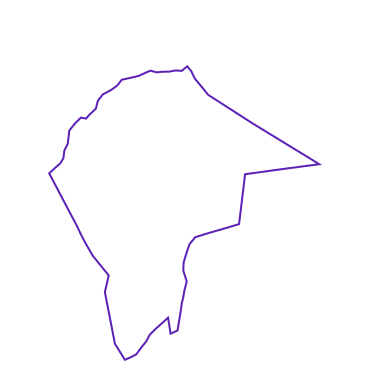 Acarape, Ceará, Brazil, rotated 338°
{"feature_id": "56859067B60781909044544", "entity_name": "Acarape", "entity_type": "district", "adm_level": 2, "iso_a3": "BRA", "parent_name": "Brazil", "parent_adm1": "Ceará", "projection": "robinson", "projection_center": [-38.665, -4.224], "detail": "fine", "context": "isolated", "style": "outline", "palette": "violet", "viewbox_px": 384, "rotation_deg": 338, "n_neighbors": 0, "source": "geoboundaries", "source_scale": "gbopen_adm2", "svg_char_len": 983}
<svg xmlns="http://www.w3.org/2000/svg" viewBox="0 0 384 384"><g transform="rotate(338 192 192)"><path d="M234.7,73.7L227.9,75.8L222.1,73.1L215.8,71.8L209.6,69.4L204.0,67.8L199.0,63.9L192.0,64.1L186.0,64.4L178.9,63.3L168.9,61.6L162.5,65.3L155.2,67.1L145.8,68.1L138.7,72.4L134.1,78.7L126.4,81.7L121.2,84.2L116.9,81.4L109.6,84.4L101.2,89.1L97.6,95.8L94.9,100.7L89.2,105.7L85.4,112.5L80.6,116.1L74.0,118.4L66.6,121.2L71.0,165.2L72.6,180.4L73.1,189.5L74.0,198.8L76.1,213.9L83.5,238.2L73.7,252.2L63.7,303.8L66.9,322.4L72.9,322.3L79.4,321.7L88.4,316.2L93.9,313.2L99.3,308.5L106.4,305.5L122.7,299.6L119.1,315.3L126.7,315.0L138.2,296.1L140.8,291.3L144.1,286.9L147.9,280.7L153.6,273.0L154.5,261.6L157.8,254.3L162.0,249.0L165.3,245.0L170.2,239.4L178.1,235.1L193.3,236.4L208.6,238.0L223.6,239.4L247.9,195.4L287.1,205.3L320.3,213.9L312.7,203.4L308.3,197.5L300.7,187.3L274.3,151.7L243.4,108.0L239.8,96.4L237.1,87.8L236.6,79.9L234.7,73.7Z" fill="none" stroke="#5b21b6" stroke-width="2"/></g></svg>